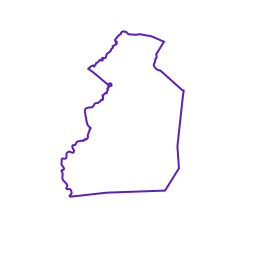 Sonaguera, Colón, Honduras, rotated 129°
{"feature_id": "27666195B31402086681403", "entity_name": "Sonaguera", "entity_type": "district", "adm_level": 2, "iso_a3": "HND", "parent_name": "Honduras", "parent_adm1": "Colón", "projection": "natural_earth1", "projection_center": [-86.252, 15.631], "detail": "fine", "context": "isolated", "style": "outline", "palette": "violet", "viewbox_px": 256, "rotation_deg": 129, "n_neighbors": 0, "source": "geoboundaries", "source_scale": "gbopen_adm2", "svg_char_len": 5627}
<svg xmlns="http://www.w3.org/2000/svg" viewBox="0 0 256 256"><g transform="rotate(129 128 128)"><path d="M42.0,167.6L48.0,178.4L49.2,179.2L49.6,179.6L50.0,180.0L50.7,180.5L50.8,180.9L51.1,181.3L51.4,181.7L52.1,182.7L52.4,183.2L52.7,183.5L53.3,184.4L54.0,185.3L54.3,185.7L54.4,186.0L54.6,186.7L54.7,187.2L54.8,187.7L54.8,188.1L54.5,189.4L54.4,189.7L54.4,189.9L54.5,190.2L54.7,190.4L54.9,190.7L55.3,191.0L55.5,191.2L55.5,191.3L55.6,191.9L55.7,192.3L55.9,192.6L56.2,192.8L57.6,193.3L58.3,193.3L59.1,192.8L59.5,192.7L59.8,192.7L60.1,192.8L60.8,193.3L61.1,193.4L62.0,193.4L62.4,193.5L63.2,193.4L63.9,193.6L64.4,193.7L66.0,193.5L66.3,193.6L66.6,193.7L66.8,193.7L67.0,193.6L67.3,193.5L67.8,193.3L68.3,193.0L68.3,192.9L68.3,192.7L68.3,192.3L68.1,191.9L68.1,191.2L68.2,190.9L68.3,190.9L68.4,191.0L68.6,191.1L68.8,191.2L69.0,191.2L69.3,190.9L69.4,190.3L69.4,190.1L69.6,189.9L69.8,189.8L70.2,189.8L71.2,190.3L73.3,191.0L73.8,191.3L74.0,191.4L74.3,190.9L74.6,190.6L74.9,190.4L75.1,190.3L75.9,190.3L76.6,190.6L77.0,190.7L77.8,190.5L78.8,190.1L79.1,190.0L79.3,189.9L79.6,190.0L80.0,190.3L80.4,190.5L81.1,190.3L81.4,190.3L81.7,190.4L82.5,190.8L83.3,191.0L83.6,191.1L84.3,191.0L86.1,190.1L86.4,190.0L87.1,189.8L87.8,189.7L88.0,189.8L88.6,190.3L88.8,190.7L89.0,191.2L89.2,191.6L89.3,191.8L89.5,192.0L89.8,192.0L90.1,191.9L90.3,191.1L90.4,190.9L90.5,190.8L91.1,190.5L91.5,190.4L91.9,190.6L92.1,190.9L92.2,191.2L92.2,191.7L92.3,192.4L92.4,192.6L92.5,192.6L93.4,192.5L93.7,192.6L94.2,192.6L94.7,192.8L95.0,192.9L96.1,193.0L96.6,193.0L96.8,193.1L97.2,193.4L97.3,193.5L97.7,193.6L98.2,193.4L99.0,193.2L100.7,193.1L101.2,192.8L101.3,192.8L101.5,193.0L101.6,193.5L101.3,194.3L101.6,194.6L103.4,195.6L103.9,195.7L104.7,195.6L105.0,195.7L105.7,195.9L106.3,196.2L106.7,196.2L107.0,196.1L106.6,189.6L106.9,175.4L106.9,170.8L106.0,170.8L105.6,170.7L104.7,170.1L104.3,169.6L104.2,169.3L104.2,169.2L104.4,168.8L104.6,168.5L104.8,168.4L105.0,168.4L105.1,168.1L105.0,167.9L105.0,167.7L105.4,167.5L105.8,167.6L106.2,168.1L106.8,168.5L107.0,168.8L107.0,169.2L107.1,169.7L107.2,169.9L107.4,169.9L107.6,169.8L107.6,169.5L107.7,169.3L107.8,169.3L108.2,169.4L108.3,169.3L108.3,169.2L108.3,168.8L108.5,168.6L109.1,168.6L109.5,168.7L110.3,168.9L110.5,168.8L110.6,168.3L110.8,167.9L110.9,167.7L111.0,167.6L111.3,167.5L111.6,167.4L111.8,167.4L112.1,167.5L112.3,167.5L113.3,166.9L113.5,166.7L113.8,166.6L114.1,166.5L114.4,166.6L114.7,167.3L114.8,167.5L115.0,167.6L115.8,167.4L116.2,167.5L116.4,167.5L116.8,167.6L116.9,167.8L117.0,167.9L117.8,168.1L118.1,168.2L118.5,168.3L118.8,168.3L118.9,168.2L119.0,168.1L119.0,167.7L119.7,166.7L119.8,166.6L120.0,166.7L120.0,166.9L120.4,166.8L120.6,166.7L120.8,166.1L121.1,165.8L121.3,165.6L121.6,165.5L122.1,165.5L122.3,165.6L123.0,166.4L123.2,166.6L123.9,166.6L124.6,166.3L125.2,166.6L125.9,166.7L126.6,166.9L127.0,166.9L127.3,167.0L127.9,167.6L128.2,168.0L128.6,168.3L129.0,168.6L129.5,169.0L129.8,169.1L130.6,169.1L132.8,168.6L133.4,168.8L134.1,168.9L134.3,168.9L134.7,169.2L135.7,170.1L136.7,171.3L137.7,172.1L139.3,173.0L139.9,173.1L140.4,173.0L141.0,172.8L141.6,172.5L142.0,172.2L142.6,171.7L142.9,171.5L143.8,170.0L144.7,169.3L145.1,168.9L145.3,168.7L145.6,168.1L145.9,167.6L146.5,166.9L147.2,166.4L147.6,166.0L148.8,164.4L149.2,164.1L149.9,163.1L150.6,161.9L151.0,161.4L151.2,160.9L151.4,159.2L151.5,157.1L151.6,156.9L151.8,156.9L152.0,156.8L153.3,157.0L153.5,156.8L154.1,156.3L154.8,155.9L155.3,155.9L155.9,155.9L156.2,155.9L157.8,155.0L158.5,154.9L159.2,154.6L159.5,154.3L160.1,153.5L160.3,153.4L161.0,153.1L161.9,153.0L162.2,153.1L162.5,153.1L163.1,153.4L163.4,153.4L163.6,153.5L163.7,153.8L163.5,154.1L163.5,154.3L164.3,154.2L164.5,154.2L164.7,154.3L165.1,154.4L165.4,154.8L165.5,154.9L165.8,154.9L166.1,154.7L166.3,154.7L166.5,155.3L167.0,155.8L167.1,156.1L167.3,156.3L167.8,156.8L168.3,157.1L169.1,157.8L169.8,158.4L170.2,158.6L170.6,158.8L172.2,158.9L172.5,158.9L173.3,158.5L173.7,158.4L174.1,158.4L174.5,158.4L174.8,158.5L175.0,158.8L175.4,159.3L175.8,159.8L176.2,160.0L176.5,160.0L176.8,160.0L177.6,159.5L178.1,158.9L178.5,158.2L178.7,157.6L179.0,156.9L179.5,155.8L179.8,155.5L180.7,155.1L181.1,155.0L181.5,155.1L181.8,155.2L182.0,155.4L182.2,155.7L182.5,156.3L182.7,157.0L182.9,157.9L183.1,158.5L183.3,158.8L183.7,159.1L184.8,159.6L185.2,159.8L185.6,159.8L186.3,159.8L186.7,159.7L187.8,158.9L188.1,158.5L189.2,157.6L190.0,157.2L190.4,157.1L190.7,157.2L191.0,157.4L191.4,157.6L191.8,158.0L192.2,158.6L192.8,159.6L193.3,159.9L193.6,159.9L194.3,159.6L195.7,158.5L197.3,157.5L197.9,157.0L198.1,156.8L198.3,156.5L198.7,155.4L198.9,154.2L199.5,152.7L199.7,152.4L199.9,152.1L200.1,152.0L200.4,151.9L200.7,151.8L200.9,151.9L201.5,152.1L202.4,152.9L202.7,152.9L203.0,152.8L203.1,152.7L203.4,152.3L203.9,151.1L204.2,150.7L204.7,150.1L205.1,149.7L205.8,149.2L208.0,147.7L208.5,147.1L208.8,146.7L209.1,146.3L209.3,145.9L209.4,145.4L210.0,141.3L210.2,140.5L210.3,139.8L210.4,139.5L210.7,139.1L211.2,138.8L213.0,138.3L213.4,138.1L213.8,137.9L213.9,137.5L214.0,137.2L213.9,136.8L213.5,136.4L212.5,135.4L212.2,134.9L212.1,134.6L212.1,134.1L212.1,133.8L212.2,133.5L213.1,131.9L214.3,130.7L214.7,130.6L215.4,130.6L215.8,130.6L217.0,130.8L217.3,130.8L217.5,130.7L217.6,130.4L217.7,130.0L217.7,129.6L191.6,103.8L153.3,59.8L153.2,59.8L129.3,62.8L127.4,62.9L111.1,78.1L71.2,103.8L63.8,108.3L63.9,108.6L64.2,108.9L64.4,109.3L64.5,109.8L64.4,110.6L63.0,138.9L63.2,139.6L63.5,140.1L63.9,140.4L64.0,141.0L64.3,143.2L64.2,144.0L63.8,146.0L63.3,147.0L62.9,147.6L62.2,148.0L61.5,148.2L60.3,148.4L57.0,150.1L56.4,150.1L55.8,150.0L55.2,150.2L53.9,151.3L53.0,152.5L38.3,154.3L42.0,167.6Z" fill="none" stroke="#5b21b6" stroke-width="2"/></g></svg>